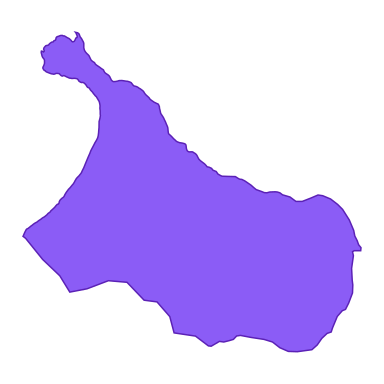 Village, Soufrière, Saint Lucia (Robinson projection)
{"feature_id": "8701671B40891625905372", "entity_name": "Village", "entity_type": "district", "adm_level": 2, "iso_a3": "LCA", "parent_name": "Saint Lucia", "parent_adm1": "Soufrière", "projection": "robinson", "projection_center": [-61.064, 13.907], "detail": "fine", "context": "isolated", "style": "filled", "palette": "violet", "viewbox_px": 384, "rotation_deg": 0, "n_neighbors": 0, "source": "geoboundaries", "source_scale": "gbopen_adm2", "svg_char_len": 5604}
<svg xmlns="http://www.w3.org/2000/svg" viewBox="0 0 384 384"><path d="M211.2,346.2L219.4,341.4L223.8,342.0L229.0,340.7L233.4,339.4L236.6,336.0L240.4,335.4L250.9,337.4L264.0,339.4L272.5,342.0L279.8,347.7L288.3,351.4L297.3,351.7L311.9,349.7L317.2,345.0L321.8,338.4L327.1,333.4L331.2,332.0L332.6,327.7L337.3,316.4L342.3,310.7L345.5,309.4L348.7,303.0L352.5,293.0L352.8,285.0L352.2,280.0L351.6,268.4L353.4,255.7L352.5,251.7L354.2,250.7L360.7,250.7L361.0,247.7L358.6,244.7L357.2,240.7L354.8,236.0L353.7,230.4L349.3,220.0L342.6,209.4L337.6,204.4L330.6,199.0L322.7,195.7L318.0,195.0L311.0,198.0L302.3,201.4L295.9,201.4L290.0,197.0L282.5,194.8L279.9,192.8L277.3,192.0L275.2,191.8L269.8,192.0L266.8,192.8L264.2,192.6L261.8,191.6L256.2,189.6L254.1,187.9L251.1,185.2L247.6,182.8L244.8,180.9L241.8,179.4L239.7,179.2L238.0,178.3L235.4,176.6L227.9,176.4L222.0,176.2L220.7,175.6L218.0,174.1L216.2,171.5L213.0,170.2L211.5,168.3L209.1,167.2L207.1,166.8L206.1,165.5L204.7,164.0L202.5,162.3L200.3,160.6L199.6,159.9L198.9,159.2L198.3,158.1L197.9,157.4L197.2,155.9L196.6,154.9L195.9,154.1L195.2,153.5L193.5,152.5L192.7,151.9L191.5,151.8L190.8,151.8L190.2,151.9L189.4,151.9L188.5,151.7L188.0,151.4L187.4,150.9L187.0,150.3L186.7,149.5L186.4,148.5L186.2,146.8L186.1,145.8L185.8,144.7L185.3,144.1L184.3,143.6L183.2,143.3L181.9,143.0L179.7,142.7L178.6,142.3L177.5,141.9L176.4,141.3L175.2,140.1L173.6,138.7L172.8,137.8L171.4,136.3L169.9,134.9L169.1,134.3L168.5,133.4L168.3,132.5L168.1,130.9L168.0,129.8L167.9,128.5L167.7,127.3L167.2,126.0L166.4,124.2L165.4,121.7L164.9,120.7L164.3,119.5L163.8,118.3L163.2,117.2L161.3,114.3L160.7,113.4L160.5,112.4L159.8,109.3L159.5,108.3L159.4,106.7L158.8,105.2L158.3,104.2L157.4,103.7L156.8,103.5L154.0,102.1L153.0,101.4L151.4,100.3L150.3,99.4L149.8,98.9L149.2,97.9L148.3,97.0L146.1,95.0L145.1,93.9L144.4,92.9L143.9,92.0L143.3,91.2L142.4,90.4L141.2,89.5L140.1,88.7L139.4,88.4L137.9,87.3L137.2,86.9L136.0,86.4L134.6,86.1L133.8,85.8L133.2,85.3L132.7,84.6L131.9,83.6L131.2,82.7L130.3,82.2L128.9,81.7L127.6,81.3L126.3,81.2L124.4,80.9L122.6,80.6L121.4,80.5L119.1,80.6L117.6,81.1L116.6,81.3L115.5,81.5L114.2,81.6L113.2,81.6L112.3,81.0L111.3,80.0L111.0,79.3L110.2,77.7L109.7,76.6L109.1,75.8L108.1,74.9L107.2,74.3L106.4,73.8L105.4,73.1L104.7,72.4L104.0,71.2L103.5,70.0L102.6,69.3L101.9,68.9L100.8,68.1L99.9,67.4L98.9,66.7L96.8,65.3L96.0,64.7L95.2,63.9L94.7,62.9L94.2,62.4L93.0,61.7L91.4,60.4L91.1,60.0L90.6,59.1L89.0,55.7L88.1,54.7L86.8,53.5L86.0,52.6L85.5,52.0L84.8,50.9L84.3,49.8L83.8,47.8L83.8,46.9L83.8,45.8L83.8,43.7L83.7,43.0L83.4,42.1L83.2,41.7L82.6,40.6L81.8,39.1L81.4,38.4L80.2,36.9L79.9,36.2L79.6,35.3L79.1,34.0L77.7,32.8L75.5,32.3L75.9,32.8L76.3,33.8L76.8,34.9L77.1,35.6L77.2,36.4L77.1,37.2L76.9,37.6L76.4,37.7L76.1,37.9L75.8,38.2L75.0,40.1L74.3,41.2L73.9,41.5L73.4,41.7L72.5,41.8L71.8,41.4L71.4,40.7L70.6,39.9L69.2,38.6L66.6,37.3L65.8,36.7L65.5,36.6L64.6,36.0L64.1,35.9L63.2,35.9L62.8,35.7L62.3,35.4L60.5,35.5L59.7,35.8L58.6,36.3L58.2,36.3L56.8,36.9L56.5,37.2L56.1,37.8L55.9,38.8L55.6,39.9L55.5,40.1L55.0,40.4L54.4,40.5L53.9,40.8L53.5,41.5L52.9,42.0L52.3,42.0L51.8,42.1L51.5,42.3L51.1,42.5L49.8,43.5L49.6,43.6L49.0,44.4L48.8,44.7L48.5,45.0L48.1,45.1L47.6,45.3L46.9,45.5L46.4,45.5L45.7,45.8L44.9,46.7L44.1,47.6L43.7,48.6L43.6,49.3L43.9,49.9L44.2,50.6L44.2,51.2L43.8,51.7L43.6,51.9L43.3,52.0L42.9,51.6L42.6,51.4L41.8,51.1L41.4,51.1L41.3,51.5L41.2,52.4L41.4,53.4L41.7,54.5L42.0,55.8L42.3,56.6L42.8,57.6L43.9,58.9L44.3,59.7L44.5,60.6L44.5,62.1L44.5,63.2L44.3,64.1L43.6,65.9L43.2,66.7L42.9,67.3L42.9,68.1L43.0,68.6L43.3,69.1L43.7,69.5L44.0,70.2L44.4,70.5L44.7,70.6L45.2,70.7L45.8,71.5L46.6,72.0L48.9,72.9L51.3,73.8L52.2,73.9L53.7,74.2L54.8,74.0L56.0,73.4L57.4,73.4L58.8,73.6L59.4,73.7L59.9,74.4L60.9,75.4L61.7,75.9L62.3,76.1L63.7,75.6L64.3,75.7L67.1,77.1L68.1,77.5L69.4,78.1L70.6,78.2L71.9,78.5L73.4,78.4L74.1,78.3L75.0,78.4L75.9,78.5L77.1,78.8L77.7,79.2L78.3,80.1L78.9,81.1L80.2,82.0L81.3,82.5L82.0,82.5L82.6,82.4L83.1,82.5L83.9,82.9L84.9,83.7L85.4,84.3L85.9,84.8L86.5,85.8L87.3,87.0L87.6,87.3L88.5,87.7L89.2,88.0L89.5,88.4L89.9,89.1L90.3,89.8L90.9,90.5L91.9,91.5L92.7,92.4L93.3,93.4L94.6,94.9L95.1,95.6L95.6,96.1L96.2,96.5L96.5,97.0L98.0,99.5L98.6,100.6L99.2,101.5L99.4,102.4L99.8,104.1L100.0,105.5L100.0,106.6L99.9,108.2L100.0,109.4L100.2,110.7L100.2,111.9L100.2,114.2L100.4,115.4L100.3,116.0L100.2,116.9L99.9,118.5L99.6,119.6L99.4,120.4L99.1,121.4L99.0,127.6L98.7,130.8L98.6,132.5L98.2,135.8L97.8,137.3L97.5,138.2L96.7,139.8L95.9,141.2L94.7,143.2L94.2,144.3L93.7,145.2L93.2,146.2L91.5,149.4L90.7,151.0L89.9,153.2L88.3,156.8L87.2,159.4L85.5,163.5L83.8,167.7L81.9,171.5L81.7,172.2L80.8,173.6L79.7,174.9L79.2,175.6L77.1,177.7L76.2,178.8L75.7,179.7L75.1,180.7L74.8,181.2L74.5,181.9L73.9,182.9L73.1,184.1L72.2,185.1L70.5,187.2L69.8,188.0L69.4,188.4L68.9,188.9L68.4,189.4L67.7,190.4L66.5,192.0L66.1,192.6L65.8,193.1L65.3,193.9L64.8,194.8L64.5,195.5L64.2,196.1L63.9,196.7L63.7,196.9L63.2,197.4L62.0,198.2L61.2,199.0L60.7,199.4L60.3,199.9L59.9,200.4L59.6,201.0L59.3,201.6L59.2,202.1L59.1,202.6L59.0,203.0L58.8,203.5L58.6,203.7L58.4,203.8L58.1,204.2L57.4,204.3L57.1,204.5L55.8,205.9L54.7,207.3L52.7,209.2L50.8,210.9L50.1,212.0L48.0,213.5L47.0,214.7L45.2,216.2L44.3,216.9L43.0,217.6L41.7,218.5L40.9,219.2L39.2,220.3L38.2,221.0L37.2,221.9L34.8,223.2L33.5,224.1L32.2,225.2L30.9,226.1L29.1,227.6L28.8,227.8L28.1,228.4L26.8,229.0L26.2,229.6L24.8,232.3L23.8,234.6L23.3,235.8L23.0,236.3L25.6,238.3L42.7,259.5L59.8,275.8L69.8,292.1L87.0,288.8L108.4,280.7L127.0,282.3L144.1,300.2L157.0,301.9L169.8,316.6L174.1,332.9L195.5,336.1L208.4,345.9L211.2,346.2Z" fill="#8b5cf6" stroke="#5b21b6" stroke-width="1.5"/></svg>